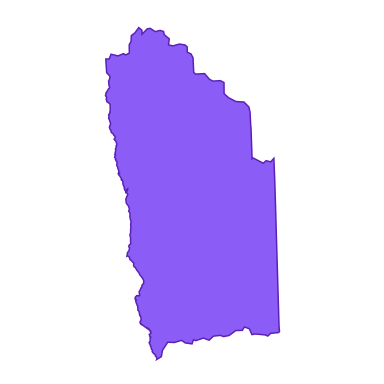 Tehama, California, United States of America (orthographic projection), rotated 268°
{"feature_id": "52423323B93817319778568", "entity_name": "Tehama", "entity_type": "district", "adm_level": 2, "iso_a3": "USA", "parent_name": "United States of America", "parent_adm1": "California", "projection": "orthographic", "projection_center": [-122.356, 40.125], "detail": "fine", "context": "isolated", "style": "filled", "palette": "violet", "viewbox_px": 384, "rotation_deg": 268, "n_neighbors": 0, "source": "geoboundaries", "source_scale": "gbopen_adm2", "svg_char_len": 5782}
<svg xmlns="http://www.w3.org/2000/svg" viewBox="0 0 384 384"><g transform="rotate(268 192 192)"><path d="M327.9,110.5L323.0,110.6L314.1,110.9L311.7,113.1L310.5,114.0L307.6,113.6L305.7,112.4L304.7,112.6L304.1,112.8L303.1,112.6L302.4,112.7L301.8,112.7L301.0,112.9L300.5,113.0L299.8,113.2L299.2,113.4L298.8,113.1L298.2,112.5L297.8,112.0L297.4,111.7L297.1,111.7L296.8,111.5L296.5,111.2L296.1,110.9L295.6,110.7L295.2,110.5L294.8,110.3L294.4,110.0L294.4,109.7L294.0,109.5L293.7,109.6L293.1,109.5L292.6,109.3L292.2,109.1L291.7,108.9L291.3,109.0L290.5,109.3L289.8,109.8L289.0,110.0L288.4,109.9L288.1,109.6L287.4,109.5L286.2,109.9L285.8,110.1L285.3,110.0L284.9,110.4L284.6,111.0L284.2,111.4L283.9,112.0L283.2,112.5L282.8,113.0L282.2,113.3L281.6,113.3L280.2,113.1L279.7,113.1L279.1,113.2L278.1,113.2L276.9,113.1L276.0,113.0L275.0,112.7L274.4,112.9L274.2,112.7L273.8,112.8L273.5,112.4L273.0,112.1L272.6,111.7L272.3,111.5L271.8,111.4L271.6,111.7L268.9,111.4L268.5,111.2L268.2,111.3L267.8,111.6L266.9,112.0L265.5,112.3L263.9,112.9L262.3,113.0L261.8,112.4L261.3,112.3L260.6,112.1L259.8,111.7L259.2,112.0L258.7,111.9L258.2,112.1L257.5,112.3L256.8,112.7L256.3,113.1L255.6,113.4L254.9,113.2L254.2,113.6L253.7,114.1L252.7,115.3L252.1,115.7L251.7,115.7L251.3,115.9L251.2,116.1L250.8,116.6L250.5,116.9L250.1,117.2L249.8,117.0L249.2,117.1L248.3,116.7L247.8,116.3L247.6,116.0L247.4,116.2L246.4,116.7L245.7,117.4L244.9,118.0L244.2,118.0L243.5,118.2L242.9,118.5L242.4,118.6L241.5,118.3L241.1,118.0L240.8,117.8L240.5,118.1L239.8,117.8L239.0,117.8L238.4,117.3L237.5,117.0L236.5,117.1L235.9,117.2L235.3,117.0L234.4,116.8L234.0,116.6L233.3,116.7L233.0,116.6L232.7,116.6L232.7,116.4L232.4,116.1L232.1,116.4L231.8,116.7L231.3,116.8L230.9,116.4L230.0,116.0L229.2,115.9L228.5,116.6L227.7,117.0L227.3,116.6L225.4,117.4L225.3,117.8L224.8,118.1L223.6,118.0L221.7,117.7L220.5,118.0L219.6,118.5L218.3,118.7L216.1,119.5L214.9,119.5L213.8,119.8L213.7,119.5L213.4,119.1L213.2,119.6L213.0,120.1L212.3,119.3L211.9,119.2L211.6,119.5L210.1,120.6L209.0,121.3L207.3,122.0L206.8,121.7L206.2,122.1L206.3,122.6L205.1,123.3L203.3,123.2L201.7,123.4L200.3,124.0L199.6,124.5L198.3,124.3L197.1,124.7L195.8,125.1L195.3,125.7L195.7,126.7L196.7,126.8L197.4,127.4L197.6,127.9L197.0,127.9L194.6,126.8L194.3,125.8L193.6,125.8L193.1,127.0L191.7,127.8L189.5,126.6L186.9,125.6L183.0,126.0L180.3,127.9L177.2,128.9L175.1,128.0L173.0,129.3L169.4,129.1L167.0,129.4L164.7,130.1L161.9,129.6L158.9,129.7L156.2,129.3L153.7,129.3L151.3,128.4L148.6,129.0L144.7,128.9L142.4,129.0L141.5,127.6L139.7,126.8L138.4,127.6L135.7,127.1L133.7,125.4L131.8,125.1L130.2,124.7L130.5,125.2L129.7,126.3L128.9,127.2L126.8,127.5L126.1,128.4L124.7,129.6L122.8,131.4L121.0,131.0L119.1,131.6L118.9,132.5L115.7,134.2L113.0,136.2L111.1,136.9L109.3,138.3L107.4,139.6L105.2,140.7L102.3,140.4L100.5,138.7L98.8,138.6L98.3,138.1L97.8,137.6L96.9,137.2L96.3,137.0L95.3,136.5L94.6,135.8L93.7,135.7L93.2,135.8L92.4,135.8L91.6,136.0L90.9,136.1L90.4,136.1L90.1,135.5L90.3,135.0L90.2,133.9L90.4,133.5L90.4,133.1L90.1,132.9L89.5,132.3L88.9,131.7L87.8,131.4L87.2,131.4L86.6,131.6L86.3,132.0L86.4,132.3L86.1,132.6L85.8,132.5L85.5,132.3L85.4,132.0L85.1,131.9L84.8,132.0L82.8,132.5L81.9,133.0L81.3,133.1L80.5,133.2L80.1,133.6L79.6,133.8L79.1,133.8L78.6,133.7L77.8,133.9L76.5,133.8L75.7,133.8L75.2,134.3L74.6,134.9L74.0,134.9L73.2,135.1L72.6,135.3L72.0,135.2L71.3,135.3L71.0,135.5L70.6,135.7L70.4,135.5L69.9,135.7L69.6,136.3L69.0,136.4L68.4,136.5L67.6,136.7L66.5,136.8L66.1,136.5L65.4,136.4L64.9,136.2L64.8,135.9L64.5,135.7L64.2,135.8L63.6,135.9L63.4,135.6L63.1,135.5L62.8,135.6L62.4,135.9L62.1,136.0L62.1,136.4L61.9,136.4L61.6,136.6L61.6,136.8L61.4,137.2L61.2,137.0L61.0,137.3L61.0,137.8L60.3,138.4L60.1,139.0L59.7,139.2L59.0,140.1L58.2,141.3L58.2,141.5L57.8,141.6L57.6,141.8L57.6,142.0L57.6,142.3L57.4,142.2L57.3,142.4L57.4,142.6L57.4,142.9L57.2,143.1L57.2,143.4L57.1,143.7L56.9,143.6L56.7,143.3L56.4,143.4L56.4,143.5L56.1,143.8L56.1,144.3L56.0,144.5L55.8,144.5L55.7,144.5L55.6,144.8L55.4,144.9L55.3,145.1L55.0,145.1L54.6,145.1L54.6,145.4L54.4,145.5L54.3,145.8L54.2,146.0L53.9,146.0L53.6,145.9L53.4,145.9L53.2,145.8L53.0,146.0L52.8,146.0L52.6,145.9L52.0,145.7L52.0,145.4L51.7,145.1L51.4,145.0L51.2,144.6L51.2,144.4L50.9,144.4L50.8,144.6L50.4,144.6L50.0,144.6L49.5,144.7L49.4,145.0L49.2,145.1L48.8,145.1L48.8,145.3L48.6,145.6L48.3,145.6L48.1,145.6L48.1,145.4L48.0,145.2L47.8,145.1L47.3,145.2L46.9,145.0L46.3,145.0L45.2,145.0L44.8,145.0L44.4,145.0L44.1,144.9L43.6,144.2L43.3,144.0L43.1,143.9L42.8,144.0L42.6,144.2L42.2,144.3L41.8,144.2L41.6,144.4L41.4,144.6L41.1,144.7L40.8,144.8L40.6,144.9L40.2,145.0L39.8,145.2L39.3,145.2L39.1,145.5L38.9,145.6L38.7,145.6L38.2,145.7L36.2,146.0L35.7,146.8L34.5,146.9L34.0,146.6L33.2,147.0L32.8,147.5L31.9,147.9L31.3,148.9L30.6,149.8L29.5,149.6L28.9,150.3L27.0,151.2L25.8,150.8L28.5,155.6L34.8,157.0L42.7,162.5L42.2,169.2L44.1,176.4L41.4,180.0L40.2,186.7L44.3,188.4L43.3,190.6L45.6,198.2L43.3,203.9L47.2,208.4L47.7,215.4L46.4,218.5L47.3,224.0L50.7,229.1L52.0,230.8L52.0,237.5L55.3,239.7L53.3,244.5L47.4,246.9L47.9,250.3L46.6,260.3L45.4,262.7L48.0,265.8L48.5,273.7L49.7,274.6L54.7,274.3L197.2,275.1L222.8,275.0L219.4,271.7L220.7,267.2L218.3,264.2L223.9,254.2L223.1,253.2L254.2,253.2L256.3,253.0L269.8,252.8L275.0,251.8L280.1,247.1L280.9,239.1L284.9,231.9L289.2,227.5L300.3,227.8L302.3,224.2L302.1,216.8L304.0,213.4L309.9,208.7L309.7,199.7L311.5,197.9L326.2,197.7L330.0,195.8L331.9,192.2L337.3,192.2L339.2,190.2L340.3,184.6L338.7,178.1L339.8,173.7L345.9,174.6L350.2,169.7L353.4,169.2L354.6,165.8L353.6,160.8L357.0,156.0L356.7,153.1L351.5,147.5L355.4,147.6L358.2,144.5L353.0,140.5L350.4,136.8L344.6,136.3L341.3,134.4L333.0,134.2L331.3,130.4L332.7,128.4L330.6,122.8L332.5,115.9L327.9,113.9L327.9,110.5Z" fill="#8b5cf6" stroke="#5b21b6" stroke-width="1.5"/></g></svg>